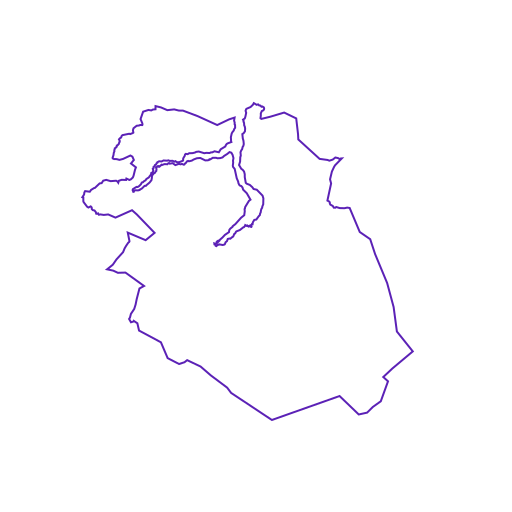 outline of Aurland nor, Sogn og Fjordane, Norway, rotated 25°
{"feature_id": "86288312B95170740502461", "entity_name": "Aurland nor", "entity_type": "district", "adm_level": 2, "iso_a3": "NOR", "parent_name": "Norway", "parent_adm1": "Sogn og Fjordane", "projection": "albers", "projection_center": [7.036, 60.871], "detail": "fine", "context": "isolated", "style": "outline", "palette": "violet", "viewbox_px": 512, "rotation_deg": 25, "n_neighbors": 0, "source": "geoboundaries", "source_scale": "gbopen_adm2", "svg_char_len": 6065}
<svg xmlns="http://www.w3.org/2000/svg" viewBox="0 0 512 512"><g transform="rotate(25 256 256)"><path d="M339.7,397.9L390.9,347.6L416.1,356.2L422.9,351.0L425.7,343.4L430.5,334.9L428.6,313.8L422.5,311.9L427.1,300.4L438.4,276.2L415.6,264.9L402.3,244.1L386.3,225.1L363.1,203.9L352.4,192.5L339.9,190.4L320.6,172.9L318.2,173.6L316.0,175.3L311.6,177.2L308.0,177.7L307.5,178.7L306.1,179.3L304.4,178.2L301.6,178.0L300.7,177.2L300.2,176.2L299.3,175.7L297.3,175.6L293.4,158.5L290.7,155.2L289.1,147.4L289.1,142.3L289.3,140.4L292.5,131.3L291.6,131.8L290.9,132.8L288.9,132.6L286.3,133.2L284.8,136.2L282.2,138.6L280.3,138.7L272.6,141.1L245.1,132.5L242.6,127.8L234.3,114.3L220.9,114.1L210.0,123.8L202.9,129.5L201.8,129.2L201.0,126.6L200.1,124.8L200.0,122.2L201.1,120.9L201.3,119.7L201.0,118.8L200.3,118.0L198.6,117.8L197.9,118.4L196.4,117.8L195.3,118.2L193.8,117.7L192.7,118.7L189.4,118.4L189.3,120.2L188.1,123.3L185.5,126.2L185.0,127.1L185.2,128.8L186.6,130.4L187.5,134.3L187.7,136.1L186.6,137.9L187.8,138.9L187.9,139.6L188.9,140.4L190.1,142.6L191.1,143.4L192.3,145.1L193.3,147.7L192.9,149.9L192.1,151.3L194.4,155.1L195.9,156.8L197.6,159.7L198.0,161.5L197.8,162.7L198.3,165.2L198.0,166.4L198.1,168.5L199.8,171.5L200.0,173.1L201.7,177.2L202.2,180.7L205.8,183.2L207.5,183.5L209.5,184.5L211.2,186.6L212.5,189.3L215.8,194.0L217.0,194.4L220.4,194.2L223.6,195.2L225.5,196.3L228.7,195.6L236.4,198.5L238.3,200.6L240.7,206.1L240.8,208.4L241.2,209.7L241.0,210.8L241.2,212.5L241.8,214.4L241.8,216.1L242.2,217.2L241.6,219.0L240.9,222.8L239.2,224.0L238.9,226.8L239.2,227.8L239.0,228.5L239.2,228.2L239.4,228.6L239.1,228.7L239.3,229.0L237.6,231.0L240.3,231.4L238.6,231.8L237.1,231.6L236.5,232.2L237.2,232.0L236.8,232.5L235.1,232.0L234.6,232.6L233.2,232.5L233.3,233.4L232.9,234.9L232.4,235.3L230.4,239.3L227.8,242.0L227.6,242.8L227.6,244.3L227.0,245.1L227.1,247.7L226.7,248.8L226.4,249.0L225.4,251.2L224.5,251.4L223.2,252.5L223.4,254.7L222.6,256.5L222.8,258.1L222.6,258.9L221.2,260.1L217.7,261.0L217.3,261.4L217.3,261.6L218.0,261.2L216.5,262.2L215.9,263.8L215.1,263.8L214.1,262.8L213.4,263.0L212.9,262.2L213.9,262.1L214.9,261.2L215.2,260.5L214.9,260.7L214.8,260.3L214.4,260.0L214.5,259.4L215.0,258.4L216.4,257.2L216.3,256.8L217.8,253.4L218.9,250.0L221.4,245.8L220.8,243.6L221.1,242.1L222.4,239.5L222.3,238.9L222.6,238.2L223.8,235.9L226.3,227.6L228.1,224.0L226.9,220.2L225.8,218.3L225.9,217.7L225.5,216.2L226.3,209.0L227.2,207.3L221.1,203.0L216.3,201.3L214.8,199.6L213.1,198.8L212.0,199.0L210.7,198.6L209.2,197.3L208.4,196.1L205.7,193.7L199.9,186.1L197.5,184.9L196.8,183.9L195.8,180.9L194.9,179.4L194.2,176.8L192.0,174.2L190.0,172.8L188.1,173.0L186.8,175.7L184.8,178.8L184.0,180.8L182.2,182.4L179.8,183.7L178.2,183.9L175.3,185.3L173.7,187.8L172.9,188.0L172.8,188.9L171.8,189.7L169.6,190.8L164.1,190.7L161.1,192.4L158.7,194.9L157.5,196.7L155.2,198.5L154.3,198.5L153.4,199.5L153.1,201.3L152.6,202.1L152.4,203.4L151.9,203.8L150.0,203.8L148.9,204.8L147.2,205.1L144.5,207.7L141.2,207.1L138.8,208.8L137.9,208.5L137.3,209.1L136.9,210.3L134.2,211.4L132.3,213.3L131.8,213.2L130.7,216.0L130.1,216.2L130.2,215.8L129.9,215.6L129.2,215.9L129.3,216.5L128.6,216.9L128.1,218.1L129.1,219.3L129.7,221.1L129.3,221.8L129.3,223.2L128.6,224.1L127.9,226.4L128.1,228.1L128.6,229.1L129.2,231.5L128.5,234.4L126.5,238.7L126.5,239.0L125.4,239.5L124.0,243.2L122.5,245.1L122.6,245.4L121.4,246.4L118.9,247.4L118.2,248.2L118.0,248.9L118.1,249.4L117.7,249.7L116.3,248.4L116.2,247.4L117.8,244.9L118.6,243.8L119.6,243.5L120.5,242.1L121.4,239.6L121.4,238.4L121.6,237.5L122.4,236.9L122.8,235.7L123.9,234.1L124.1,232.6L125.7,230.0L125.9,228.5L126.2,227.8L126.3,225.9L126.0,225.0L126.9,224.0L126.8,221.9L125.6,220.6L126.0,219.7L125.5,218.7L126.2,217.7L126.2,217.3L125.9,216.9L126.0,216.2L126.7,215.5L126.7,213.9L127.2,213.1L127.0,212.7L128.2,211.1L130.5,210.2L131.8,208.5L135.1,207.2L136.2,206.3L137.6,206.3L140.1,205.0L142.4,204.9L142.9,204.1L144.7,204.4L146.7,203.5L149.5,200.5L149.5,200.0L148.9,198.8L148.8,197.6L149.1,195.6L148.8,194.0L149.2,193.1L151.0,192.6L152.0,191.1L155.0,189.6L157.0,188.0L157.8,186.9L160.0,185.5L165.7,184.7L167.4,183.5L170.4,182.3L171.4,181.1L172.5,180.6L174.2,178.6L178.5,177.7L178.9,174.2L181.9,169.7L181.8,168.5L182.1,166.8L182.9,165.7L185.5,163.1L184.9,162.5L183.0,158.9L182.2,155.2L182.3,153.7L182.8,151.7L182.6,150.2L182.9,148.6L181.6,146.0L180.9,145.6L180.4,144.3L178.9,142.5L178.1,139.6L173.9,143.5L165.5,153.7L144.0,153.9L128.3,155.1L124.6,156.8L119.9,157.7L114.0,161.3L107.1,161.5L101.6,162.6L102.9,165.5L100.6,166.9L99.6,168.3L96.8,169.1L92.7,172.9L93.5,180.7L96.9,183.8L97.5,184.7L97.6,185.4L95.7,186.2L94.8,187.2L92.8,188.4L91.0,192.0L91.3,194.0L92.7,196.0L92.4,196.6L90.4,198.7L89.4,198.8L83.9,202.9L83.5,204.0L83.7,205.6L83.0,206.6L82.5,208.2L83.8,209.2L84.2,210.1L84.0,210.4L84.3,212.6L83.9,213.4L83.9,213.8L83.2,214.7L83.5,215.1L83.3,216.2L83.5,216.5L82.5,218.1L82.9,219.2L82.8,219.9L83.4,220.9L83.5,222.6L84.2,224.8L84.5,227.5L84.9,228.1L86.5,228.1L88.7,227.1L91.6,226.6L94.5,224.2L99.7,218.0L102.0,218.2L104.7,220.6L103.6,225.0L109.7,226.4L109.9,228.9L111.1,235.0L111.2,236.9L110.2,239.4L109.1,240.6L105.8,240.6L106.1,242.0L102.1,243.7L100.5,245.2L99.9,245.8L100.2,247.8L98.8,247.0L97.4,246.9L92.6,249.6L88.1,250.3L85.7,252.3L85.3,255.2L83.6,256.3L81.2,262.4L80.5,262.9L78.6,265.8L78.2,268.0L73.7,269.4L73.6,271.0L74.2,272.9L73.8,276.1L74.8,276.0L76.4,279.4L77.0,280.0L82.1,282.7L83.6,282.9L85.2,280.9L86.5,281.4L87.4,282.9L88.7,283.4L90.4,283.0L92.4,284.0L93.3,285.2L94.2,284.9L94.8,284.1L96.2,285.0L97.3,284.1L100.7,283.1L104.5,280.8L112.4,280.6L124.3,266.9L130.4,268.7L154.3,277.9L149.3,288.3L129.9,289.0L135.1,296.1L135.1,296.9L134.6,297.9L134.0,301.6L133.7,304.6L133.9,308.7L131.0,318.0L129.9,324.4L126.7,331.0L132.8,329.6L137.9,329.6L144.7,326.2L167.2,330.5L164.1,334.7L166.1,345.5L167.4,350.9L168.0,355.5L167.1,361.3L167.8,365.1L167.6,366.7L170.7,368.9L173.0,366.8L172.9,366.5L176.9,367.1L181.5,373.0L206.3,374.4L219.1,385.9L231.9,386.4L236.1,382.5L237.6,379.5L252.5,379.6L265.5,383.3L285.5,387.5L291.3,390.6L339.7,397.9Z" fill="none" stroke="#5b21b6" stroke-width="2"/></g></svg>